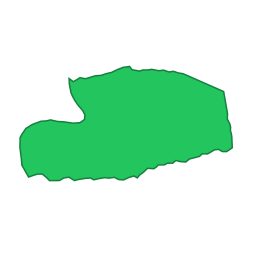 Inajá, Paraná, Brazil (Mercator projection), rotated 277°
{"feature_id": "56859067B25034835886105", "entity_name": "Inajá", "entity_type": "district", "adm_level": 2, "iso_a3": "BRA", "parent_name": "Brazil", "parent_adm1": "Paraná", "projection": "mercator", "projection_center": [-52.233, -22.718], "detail": "fine", "context": "isolated", "style": "filled", "palette": "green", "viewbox_px": 256, "rotation_deg": 277, "n_neighbors": 0, "source": "geoboundaries", "source_scale": "gbopen_adm2", "svg_char_len": 1336}
<svg xmlns="http://www.w3.org/2000/svg" viewBox="0 0 256 256"><g transform="rotate(277 128 128)"><path d="M67.2,35.3L69.9,40.8L71.2,43.9L71.8,48.6L69.0,53.1L66.2,56.5L66.8,61.0L67.5,66.4L70.5,70.3L72.0,75.3L69.3,81.3L70.7,84.6L72.8,91.8L73.8,96.8L72.4,100.4L74.2,105.2L75.9,111.0L75.9,115.0L77.3,120.5L75.7,125.0L75.9,129.9L79.0,134.9L81.1,139.8L79.6,143.3L82.9,145.4L85.9,148.7L90.4,152.3L90.7,158.6L92.8,161.0L95.0,162.5L95.9,168.8L97.9,171.4L98.5,176.6L101.6,179.4L101.0,183.9L101.3,189.5L104.7,192.7L105.8,195.6L107.0,198.5L108.5,202.4L111.4,204.8L112.0,210.2L116.9,216.6L117.8,220.5L116.1,224.5L116.6,228.8L121.1,233.9L127.0,232.9L132.0,232.1L134.7,231.3L138.3,229.9L141.1,229.8L144.4,228.6L148.9,225.5L154.5,225.0L175.8,218.5L188.6,176.1L188.8,171.3L189.8,166.1L188.6,161.8L189.8,156.3L188.6,151.6L189.1,144.4L188.0,140.5L187.3,135.4L185.9,132.6L186.3,125.0L189.3,122.0L188.4,119.0L187.7,116.1L184.9,110.7L181.1,104.8L179.6,100.5L176.9,94.7L175.9,89.4L171.7,79.7L172.1,74.2L169.7,71.3L167.3,68.1L169.9,63.5L164.2,64.5L156.1,67.1L152.5,69.2L148.3,72.3L144.4,75.8L139.8,80.9L135.8,83.6L131.1,83.8L127.4,79.6L126.1,73.0L126.3,64.5L125.9,56.9L126.6,50.2L125.1,46.1L124.1,40.8L119.9,32.7L115.1,26.7L108.5,23.3L105.3,22.1L95.5,23.1L84.5,25.9L78.2,27.2L69.4,33.7L67.2,35.3Z" fill="#22c55e" stroke="#15803d" stroke-width="1.5"/></g></svg>